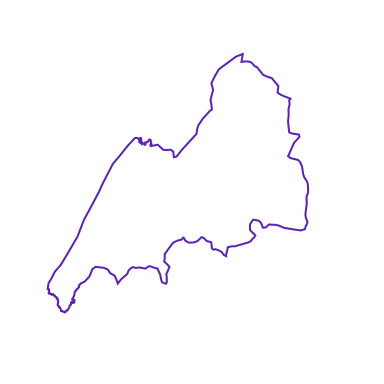 the district of Kalehe, Sud-Kivu, Democratic Republic of the Congo, rotated 193°
{"feature_id": "63176286B48907865482387", "entity_name": "Kalehe", "entity_type": "district", "adm_level": 2, "iso_a3": "COD", "parent_name": "Democratic Republic of the Congo", "parent_adm1": "Sud-Kivu", "projection": "equal_earth", "projection_center": [28.9, -2.034], "detail": "fine", "context": "isolated", "style": "outline", "palette": "violet", "viewbox_px": 384, "rotation_deg": 193, "n_neighbors": 0, "source": "geoboundaries", "source_scale": "gbopen_adm2", "svg_char_len": 5496}
<svg xmlns="http://www.w3.org/2000/svg" viewBox="0 0 384 384"><g transform="rotate(193 192 192)"><path d="M310.8,65.2L310.5,65.4L309.9,65.2L309.6,65.1L309.6,64.9L309.2,64.8L309.1,64.4L309.2,64.2L309.1,63.6L309.1,63.2L308.8,62.9L309.0,62.5L308.8,62.3L308.8,62.0L308.6,61.7L308.8,61.4L308.6,61.3L308.3,61.3L308.3,61.2L308.4,60.8L308.3,60.7L308.0,60.7L307.4,61.2L307.1,61.2L306.9,60.9L306.5,61.1L305.8,61.0L305.5,60.8L305.3,60.8L305.3,60.5L305.1,60.6L305.0,61.1L304.3,61.2L303.7,60.3L303.4,60.3L303.2,60.2L303.2,60.3L302.7,59.9L302.4,59.6L302.2,59.8L302.1,59.5L301.5,59.1L300.9,59.2L300.5,59.1L300.2,58.8L299.9,57.9L299.8,58.0L299.4,58.1L298.9,58.0L298.6,57.4L298.6,57.0L298.4,56.5L298.3,56.1L298.0,55.9L297.9,55.0L297.7,55.0L297.6,54.6L297.6,54.2L297.7,53.7L297.5,53.2L297.5,52.9L297.6,52.6L297.7,52.4L297.4,51.6L297.2,51.3L296.9,51.3L296.7,51.1L296.4,51.1L296.2,51.0L296.1,50.8L296.0,50.2L295.8,50.2L295.6,49.9L295.5,50.0L295.4,50.0L295.1,50.1L294.9,50.0L294.6,49.7L294.6,49.2L294.0,48.8L293.8,48.7L293.6,48.2L293.3,48.0L293.2,47.7L293.0,47.2L292.8,46.9L292.8,46.6L292.6,46.6L292.4,46.7L292.2,46.8L291.7,46.9L291.5,46.7L291.4,46.8L291.0,46.7L290.5,46.3L290.0,46.6L289.9,46.7L289.7,46.7L289.2,46.2L288.7,46.1L288.2,46.6L288.3,46.9L288.1,47.1L287.9,47.6L287.9,48.1L287.7,48.4L287.4,48.6L287.2,48.5L286.9,48.7L286.5,48.7L286.4,48.9L286.4,49.2L286.4,49.6L286.3,50.0L286.2,50.4L285.9,50.8L285.8,51.1L285.7,51.3L285.7,51.7L285.5,52.1L285.6,53.1L285.7,53.3L285.8,53.5L285.7,54.0L285.4,54.2L285.1,54.3L284.7,54.7L284.6,55.2L284.6,56.0L284.7,56.3L284.9,56.5L285.0,57.0L284.9,57.1L284.6,57.0L284.3,56.5L284.1,56.9L284.1,57.3L284.5,57.8L284.6,58.1L284.4,58.2L283.9,57.7L283.4,57.8L283.0,57.3L283.0,57.2L282.8,57.2L282.6,57.3L282.6,57.6L282.3,57.5L282.2,57.7L281.8,58.1L282.0,58.6L282.1,59.0L282.1,59.4L282.2,59.7L282.2,59.8L282.1,60.0L282.2,60.3L282.4,60.4L282.5,60.4L282.7,60.1L283.0,59.8L283.3,60.0L283.6,60.6L283.8,60.4L284.5,60.5L284.6,61.0L284.3,61.2L284.1,61.5L284.0,62.7L283.9,63.1L283.7,63.3L283.7,63.9L283.6,64.0L283.5,64.8L283.5,65.1L283.6,65.5L283.6,66.3L283.7,66.5L283.6,67.5L283.7,68.2L283.7,68.5L283.4,69.2L283.0,69.3L282.9,69.6L282.7,70.9L282.6,71.1L282.4,71.1L282.3,71.3L282.3,71.5L282.1,71.7L281.9,71.7L281.7,71.8L281.5,72.3L281.5,72.6L281.4,72.8L281.2,72.9L281.0,73.2L280.8,73.8L280.7,73.9L280.7,74.1L281.0,74.9L281.2,75.2L281.0,75.8L280.9,76.0L280.8,75.7L279.5,78.2L276.4,80.5L272.8,87.0L271.7,94.5L269.2,97.3L261.2,98.3L256.7,97.5L253.4,94.5L248.5,93.1L245.4,88.9L243.7,86.1L241.2,91.4L237.2,96.7L236.5,98.2L236.2,101.0L234.7,103.7L232.6,105.6L229.8,105.3L226.3,106.6L220.1,106.9L217.8,109.5L216.5,110.3L209.5,109.5L208.4,109.7L204.4,104.3L202.2,99.5L200.9,97.3L196.8,96.7L196.3,97.7L196.4,99.1L197.6,103.7L198.6,106.5L198.1,108.1L197.1,114.2L203.5,118.1L203.7,121.5L204.6,125.4L199.2,138.1L195.4,141.3L191.9,143.0L191.2,143.8L190.4,145.6L189.6,145.4L187.7,143.2L184.7,142.1L181.9,142.3L178.4,143.5L175.6,145.5L172.6,150.1L170.6,150.0L166.5,147.5L162.3,147.5L161.7,146.7L160.0,142.0L159.2,141.0L158.0,140.7L156.2,141.6L152.1,141.0L149.7,140.3L146.8,137.8L144.4,137.2L144.8,138.4L144.5,142.2L144.7,146.2L140.5,148.3L138.4,148.5L125.8,155.5L123.5,157.5L122.7,159.7L121.4,161.4L120.5,163.9L122.5,165.4L124.3,166.2L127.0,168.2L128.2,173.7L126.3,178.7L124.5,179.0L120.6,179.0L117.7,177.4L115.0,173.2L112.2,174.0L109.5,177.8L108.0,177.9L103.9,178.7L100.4,178.9L94.1,177.8L77.6,178.9L73.6,181.2L73.5,184.1L72.7,187.4L72.8,188.9L75.2,192.3L76.5,195.8L77.5,206.0L79.4,213.5L78.8,217.0L79.1,219.3L80.6,224.8L82.1,227.9L85.7,231.3L87.6,234.2L90.4,241.3L92.5,244.5L93.9,245.8L95.8,247.1L104.1,247.2L105.4,248.2L106.4,248.4L103.6,262.9L99.7,269.9L100.7,272.0L107.9,271.5L110.7,272.0L111.5,274.1L114.3,282.4L115.2,289.1L116.6,294.3L116.6,299.5L117.9,303.1L117.0,305.0L126.8,306.5L131.0,308.1L131.7,314.7L139.9,320.9L144.9,321.3L149.1,322.2L157.0,328.5L158.6,328.4L163.5,331.6L166.3,331.8L169.3,331.3L173.1,329.9L173.5,337.3L173.6,337.9L179.8,333.6L193.5,317.5L196.1,309.0L197.6,302.3L196.5,300.4L194.4,296.2L194.7,286.1L192.7,281.3L191.2,276.8L193.1,274.6L198.0,265.8L200.8,258.6L201.1,254.6L200.7,249.6L211.2,231.1L214.9,223.2L217.5,221.8L219.3,227.1L222.3,228.4L226.5,227.1L229.6,226.7L236.0,230.4L242.6,227.4L242.7,227.7L242.8,227.9L243.1,228.1L243.1,228.7L242.8,229.0L242.2,229.2L242.2,229.4L242.6,229.7L243.1,229.7L243.1,230.0L243.0,230.3L242.9,230.5L242.9,231.3L243.5,231.7L243.6,232.0L243.8,232.3L243.9,233.2L244.0,233.3L244.1,233.2L244.2,233.4L244.5,233.5L245.3,233.6L245.5,233.4L245.9,232.8L245.9,231.9L246.1,231.4L246.4,231.2L246.8,230.6L247.1,230.4L247.5,230.4L248.0,230.0L248.3,229.9L248.5,229.9L248.8,229.7L248.8,229.2L248.6,229.0L248.2,229.1L247.9,228.5L247.9,228.3L248.1,228.0L248.2,227.8L248.5,227.3L248.8,227.4L249.0,227.5L249.4,228.1L249.8,228.4L250.0,228.5L250.2,228.3L250.3,228.0L251.0,227.9L251.5,227.6L251.7,227.3L252.0,227.6L252.0,228.0L251.8,228.5L251.7,228.6L251.8,228.9L251.9,229.1L252.1,229.4L252.4,229.3L252.5,229.1L252.6,228.6L252.8,228.2L253.0,228.3L253.5,228.3L254.0,228.5L254.3,228.9L254.8,229.0L254.8,230.0L254.7,230.4L254.6,230.6L254.3,230.7L253.9,230.6L253.5,230.5L253.2,230.7L253.2,231.1L253.4,231.1L253.3,231.4L253.4,231.9L253.5,232.1L253.8,232.2L253.9,232.6L253.8,233.0L254.1,233.3L254.8,232.7L255.5,231.7L255.8,231.5L257.5,232.4L259.6,231.9L264.8,223.0L270.6,211.0L275.4,201.7L280.9,180.2L282.6,171.6L286.3,157.6L291.1,140.2L293.5,122.8L299.8,102.7L303.4,91.6L307.8,83.3L309.4,76.5L311.3,70.8L310.8,65.2Z" fill="none" stroke="#5b21b6" stroke-width="2"/></g></svg>